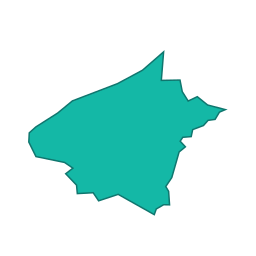 Johnson, Kentucky, United States of America, rotated 305°
{"feature_id": "52423323B17100846991834", "entity_name": "Johnson", "entity_type": "district", "adm_level": 2, "iso_a3": "USA", "parent_name": "United States of America", "parent_adm1": "Kentucky", "projection": "natural_earth1", "projection_center": [-82.813, 37.852], "detail": "fine", "context": "isolated", "style": "filled", "palette": "teal", "viewbox_px": 256, "rotation_deg": 305, "n_neighbors": 0, "source": "geoboundaries", "source_scale": "gbopen_adm2", "svg_char_len": 649}
<svg xmlns="http://www.w3.org/2000/svg" viewBox="0 0 256 256"><g transform="rotate(305 128 128)"><path d="M210.8,113.5L183.6,106.7L158.4,94.0L118.3,66.9L99.9,61.8L76.0,51.9L67.4,49.9L59.6,54.8L51.8,69.0L63.4,95.8L63.5,105.9L54.8,103.2L51.7,118.6L45.2,124.1L55.0,136.6L51.5,145.7L68.0,158.0L72.1,199.2L77.9,197.6L85.6,201.2L88.9,206.1L99.4,197.6L101.7,192.5L112.5,192.3L137.7,183.6L145.5,185.8L147.1,178.3L151.8,178.2L157.2,184.7L163.8,181.9L173.3,188.4L180.2,189.2L185.0,194.4L193.4,193.8L198.9,197.2L192.5,180.0L193.4,166.8L184.6,161.8L188.9,151.6L197.1,143.1L186.1,128.0L210.8,113.5Z" fill="#14b8a6" stroke="#0f766e" stroke-width="1.5"/></g></svg>